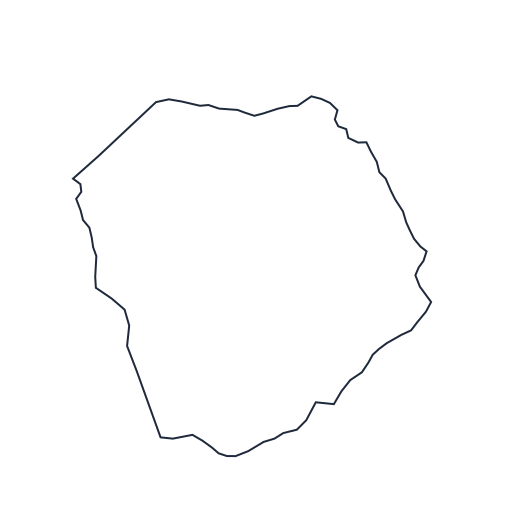 Canoas, Rio Grande do Sul, Brazil (Mercator projection), rotated 249°
{"feature_id": "56859067B11854924468229", "entity_name": "Canoas", "entity_type": "district", "adm_level": 2, "iso_a3": "BRA", "parent_name": "Brazil", "parent_adm1": "Rio Grande do Sul", "projection": "mercator", "projection_center": [-51.18, -29.916], "detail": "fine", "context": "isolated", "style": "outline", "palette": "slate", "viewbox_px": 512, "rotation_deg": 249, "n_neighbors": 0, "source": "geoboundaries", "source_scale": "gbopen_adm2", "svg_char_len": 1183}
<svg xmlns="http://www.w3.org/2000/svg" viewBox="0 0 512 512"><g transform="rotate(249 256 256)"><path d="M393.8,112.9L386.0,117.8L378.5,115.9L373.8,108.6L361.4,108.6L351.6,107.4L342.1,110.6L331.9,109.2L322.6,107.1L313.1,106.9L294.1,98.4L283.7,95.1L268.0,106.0L253.0,114.1L236.5,112.7L218.2,103.4L190.7,103.4L120.9,101.9L115.3,112.9L111.8,132.6L102.8,139.8L93.0,146.2L85.2,150.4L79.7,157.1L76.5,165.2L76.6,178.8L79.7,196.4L78.9,207.9L80.9,218.1L79.2,231.9L84.7,244.1L98.0,259.4L89.8,275.6L99.2,287.4L106.4,299.6L109.5,313.2L116.2,322.7L122.0,329.6L125.1,337.4L127.8,346.9L130.3,363.5L131.0,374.1L136.2,382.5L143.1,394.7L150.3,403.0L168.6,398.0L180.9,397.9L187.1,403.9L191.4,410.6L199.2,416.9L205.9,412.9L215.4,409.7L225.2,408.8L233.8,408.3L244.9,409.2L259.0,406.2L268.5,405.3L281.8,404.8L290.0,401.2L300.6,402.5L312.3,400.7L322.6,399.8L325.3,392.0L333.1,384.5L342.1,385.7L347.6,379.3L355.1,378.5L362.9,384.3L372.4,379.9L379.3,373.2L385.2,364.9L381.3,348.6L384.0,340.9L385.7,329.1L386.5,313.7L387.5,304.7L393.8,297.0L399.0,291.1L406.8,274.4L414.0,265.7L416.3,257.6L426.8,242.1L433.5,230.8L435.5,217.8L405.7,144.6L393.8,112.9Z" fill="none" stroke="#1e293b" stroke-width="2"/></g></svg>